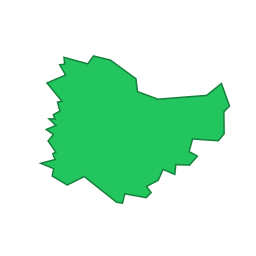 SVG path tracing the border of East Flanders, rotated 21°
{"feature_id": "BEL-3478", "entity_name": "East Flanders", "entity_type": "Province", "adm_level": 1, "iso_a3": "BEL", "parent_name": "Belgium", "parent_adm1": "", "projection": "equal_earth", "projection_center": [3.869, 51.045], "detail": "coarse", "context": "isolated", "style": "filled", "palette": "green", "viewbox_px": 256, "rotation_deg": 21, "n_neighbors": 0, "source": "natural_earth", "source_scale": "10m", "svg_char_len": 729}
<svg xmlns="http://www.w3.org/2000/svg" viewBox="0 0 256 256"><g transform="rotate(21 128 128)"><path d="M42.9,85.0L67.5,82.5L69.9,73.1L87.3,70.9L117.8,79.2L123.8,90.6L145.5,90.4L189.7,69.4L199.3,53.0L214.9,71.1L211.7,78.5L219.8,98.9L216.8,107.6L192.2,115.1L193.5,128.1L202.9,129.4L198.7,140.6L185.8,145.1L188.3,154.6L175.6,154.1L174.9,165.9L166.3,175.9L172.7,180.0L170.0,186.5L148.6,190.6L149.8,200.2L143.9,201.4L104.5,189.0L91.7,203.0L74.4,200.0L73.2,192.6L59.2,192.2L71.2,183.6L66.9,178.9L69.3,176.5L58.0,168.7L60.8,160.8L52.2,158.7L59.8,151.4L51.0,147.8L56.6,145.8L53.5,142.4L58.3,136.6L52.9,129.1L56.9,126.8L36.2,115.0L50.8,100.9L41.6,93.5L46.0,91.0L42.9,85.0Z" fill="#22c55e" stroke="#15803d" stroke-width="1.5"/></g></svg>